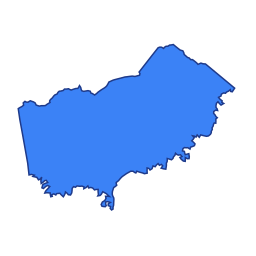 Ibaiti, Paraná, Brazil, rotated 267°
{"feature_id": "56859067B34229173137225", "entity_name": "Ibaiti", "entity_type": "district", "adm_level": 2, "iso_a3": "BRA", "parent_name": "Brazil", "parent_adm1": "Paraná", "projection": "robinson", "projection_center": [-50.321, -23.79], "detail": "fine", "context": "isolated", "style": "filled", "palette": "blue", "viewbox_px": 256, "rotation_deg": 267, "n_neighbors": 0, "source": "geoboundaries", "source_scale": "gbopen_adm2", "svg_char_len": 3833}
<svg xmlns="http://www.w3.org/2000/svg" viewBox="0 0 256 256"><g transform="rotate(267 128 128)"><path d="M188.2,206.3L189.0,204.2L187.9,201.2L189.4,200.0L190.8,198.5L192.0,197.1L192.9,196.0L193.0,194.2L194.8,192.7L195.3,191.2L197.3,189.2L198.4,188.0L200.4,187.6L202.2,186.8L203.1,184.2L204.9,182.1L206.6,180.2L209.0,177.6L208.7,175.7L208.6,173.8L207.6,172.2L207.6,170.2L206.7,168.6L205.6,167.7L206.9,165.8L207.1,164.1L206.6,162.3L200.0,156.5L183.3,142.0L181.7,142.8L180.1,142.3L179.1,137.7L179.6,134.9L179.4,131.6L179.2,129.4L179.1,127.5L178.7,125.8L176.9,116.9L176.5,115.4L174.9,111.3L173.6,110.6L172.2,109.7L171.1,108.9L170.2,107.9L169.3,106.6L167.5,103.3L165.4,100.0L164.1,98.5L162.7,96.4L164.3,94.2L164.8,92.8L166.7,92.2L167.4,90.0L166.9,85.7L167.6,83.8L168.8,83.3L171.0,82.9L172.9,81.8L171.2,80.8L170.1,79.9L170.2,78.1L169.6,75.6L168.9,73.2L169.5,71.9L170.3,70.7L170.1,68.8L170.2,66.6L168.9,65.3L168.4,62.9L168.3,61.2L167.2,59.9L165.7,59.0L164.8,56.6L163.7,55.4L162.0,54.0L160.4,52.0L159.0,51.1L157.6,51.5L155.8,48.2L154.7,46.6L154.7,44.7L154.8,42.6L154.5,40.6L155.7,37.5L157.9,36.6L159.0,35.0L160.3,31.8L159.0,29.5L159.2,27.7L160.0,26.5L158.6,24.7L156.2,24.9L155.0,23.2L154.2,21.4L153.1,19.4L142.3,20.4L126.9,22.4L98.1,26.0L86.3,26.7L86.7,29.2L85.8,32.0L84.6,30.5L83.5,34.4L80.9,35.9L81.6,37.7L83.5,39.3L79.8,38.2L77.1,38.4L78.2,40.2L79.8,42.1L80.0,43.7L77.8,45.0L76.7,41.4L75.8,39.9L72.8,38.9L72.0,40.4L72.9,41.5L74.1,43.1L74.8,44.7L73.7,46.8L71.6,44.8L69.8,42.9L68.7,42.1L67.4,41.5L67.6,43.6L67.2,46.9L65.8,46.9L63.4,47.3L63.7,48.8L65.3,48.3L66.1,50.4L64.9,52.4L66.2,53.2L66.4,56.6L65.1,57.5L62.7,59.8L64.1,60.8L66.1,61.9L67.4,62.2L66.2,63.6L64.5,64.9L64.1,67.1L66.1,68.4L68.1,68.8L70.7,69.1L72.3,70.6L71.6,72.4L72.8,74.1L72.3,76.9L72.4,79.0L71.5,81.0L69.7,80.7L70.7,82.9L72.3,84.9L70.2,85.6L70.6,87.8L69.9,89.6L67.9,91.3L68.3,92.9L68.2,95.0L65.9,94.8L64.3,94.9L63.0,95.0L61.8,94.3L62.1,96.6L63.1,97.8L65.7,99.5L64.5,101.4L63.5,103.0L60.6,105.8L60.9,104.2L61.0,102.0L59.0,102.4L56.8,101.0L55.4,98.5L53.0,97.2L51.2,97.9L50.8,99.7L50.6,101.2L51.6,102.2L53.1,101.8L55.3,101.8L55.5,103.9L54.6,106.5L53.2,104.2L51.5,104.2L50.5,106.5L48.6,106.0L47.0,107.3L47.8,108.8L49.7,108.9L51.7,109.6L54.1,109.8L57.7,110.2L59.0,110.1L60.9,109.2L62.8,108.8L65.3,109.1L67.5,109.9L69.3,110.6L70.3,112.4L71.5,113.8L72.8,113.3L74.2,113.4L75.9,115.8L78.2,117.9L79.8,119.7L81.1,121.8L82.6,124.2L84.7,128.5L84.5,130.9L83.3,132.2L82.7,133.5L84.4,134.5L83.1,137.8L82.4,140.1L81.5,142.0L81.9,144.8L84.3,144.8L87.1,145.0L86.5,146.8L84.9,147.8L86.1,149.9L88.8,151.0L87.9,153.1L89.7,154.6L90.9,156.2L89.1,157.4L89.9,159.4L88.4,160.7L86.2,159.0L85.4,161.2L84.9,163.6L86.7,164.0L88.6,164.4L91.0,164.5L92.3,165.3L93.7,165.5L95.5,165.6L95.0,167.1L94.0,169.8L95.2,171.3L96.9,172.0L98.2,173.4L100.3,174.1L99.0,175.4L98.3,176.8L98.5,179.0L96.7,180.4L95.9,178.3L94.1,179.4L92.1,181.5L91.7,183.4L93.4,183.6L95.5,183.7L94.2,185.7L94.2,187.4L96.1,187.7L99.2,187.4L98.4,183.8L100.1,183.3L101.7,183.1L102.3,181.2L104.5,181.8L105.5,183.3L105.2,184.9L105.2,186.7L103.7,188.8L105.6,189.5L106.3,192.0L106.9,193.4L108.6,194.1L110.1,192.9L111.9,191.0L113.2,192.4L114.8,193.6L116.8,192.2L116.3,194.1L115.4,195.5L117.4,196.7L115.0,198.7L117.3,200.2L116.3,203.4L115.6,206.0L115.9,208.0L117.4,210.0L118.9,210.9L120.4,211.0L122.1,212.1L123.8,212.0L125.4,213.1L127.2,213.6L128.5,214.4L128.2,215.9L130.0,216.1L132.4,216.2L133.6,217.7L134.7,216.5L136.7,215.5L138.1,214.3L140.0,214.5L141.3,216.5L140.8,218.4L142.5,218.0L143.8,217.0L145.6,217.0L148.0,217.6L149.5,219.2L147.6,220.6L146.0,222.1L147.5,224.9L148.7,223.0L150.1,223.5L151.1,222.4L152.5,220.9L153.9,220.0L155.0,222.5L156.9,223.0L158.0,225.3L157.6,227.2L158.7,228.2L159.6,230.4L160.9,232.1L159.1,232.5L158.7,234.0L159.9,234.9L162.2,236.6L187.9,208.7L188.2,206.3Z" fill="#3b82f6" stroke="#1e3a8a" stroke-width="1.5"/></g></svg>